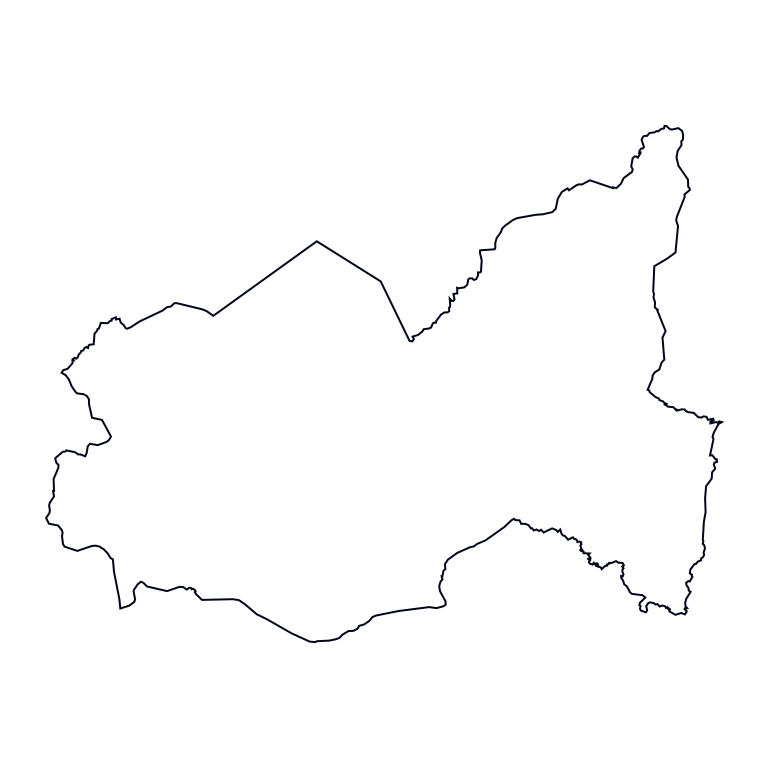 Gourma, Gourma, Burkina Faso (Mercator projection)
{"feature_id": "67063806B98154706729521", "entity_name": "Gourma", "entity_type": "district", "adm_level": 2, "iso_a3": "BFA", "parent_name": "Burkina Faso", "parent_adm1": "Gourma", "projection": "mercator", "projection_center": [0.724, 12.228], "detail": "fine", "context": "isolated", "style": "outline", "palette": "ink", "viewbox_px": 768, "rotation_deg": 0, "n_neighbors": 0, "source": "geoboundaries", "source_scale": "gbopen_adm2", "svg_char_len": 6054}
<svg xmlns="http://www.w3.org/2000/svg" viewBox="0 0 768 768"><path d="M61.6,372.8L65.8,375.3L68.8,379.3L71.7,386.3L75.6,392.0L77.1,393.4L83.5,394.2L86.8,396.0L88.9,399.1L89.1,404.7L92.1,417.8L102.0,419.9L111.0,436.6L109.0,440.0L106.6,441.9L97.9,445.1L89.9,443.8L87.7,446.5L86.7,452.9L85.2,456.3L80.4,454.4L78.2,454.4L75.0,452.2L66.3,450.4L65.2,451.6L62.9,451.7L55.8,457.7L55.2,458.5L55.7,460.5L56.5,463.0L58.4,464.8L58.4,467.7L53.6,479.0L54.0,491.0L53.1,491.0L54.0,496.4L49.7,503.0L49.1,505.8L49.9,510.2L49.4,513.1L46.1,517.9L48.9,523.7L58.1,525.5L61.8,530.1L62.6,532.6L62.0,536.2L63.0,544.0L64.5,546.6L77.3,550.9L92.1,545.9L95.8,545.7L99.6,546.6L104.0,549.5L107.9,553.7L110.6,558.1L112.9,559.4L114.0,571.8L119.4,599.3L120.3,608.5L129.1,605.7L134.2,602.0L135.1,599.5L133.6,591.4L133.9,589.9L137.6,584.4L140.9,581.7L143.6,583.0L147.1,586.5L167.0,591.1L179.4,586.9L183.1,587.0L186.7,589.6L189.3,587.7L190.8,587.9L191.7,589.2L192.9,588.7L194.7,589.8L195.6,591.4L194.8,592.1L196.2,594.3L202.0,599.9L232.9,599.2L239.0,600.2L245.5,604.7L256.8,614.3L266.5,619.0L291.7,633.4L309.7,641.6L315.1,642.1L317.1,641.2L329.3,640.6L335.6,639.3L339.4,637.9L342.4,634.7L348.6,631.0L353.1,630.9L357.5,628.8L359.1,625.9L364.2,624.4L369.2,621.0L372.4,617.1L375.7,615.6L398.7,611.0L429.1,607.1L436.5,608.1L443.0,606.4L445.7,604.7L445.5,601.3L440.0,591.2L439.2,586.1L440.6,581.4L442.4,579.6L441.7,576.5L442.3,576.7L443.5,570.7L445.4,569.0L444.9,564.3L447.8,559.7L457.3,552.9L469.8,547.3L473.6,546.5L477.4,543.8L485.3,540.5L504.1,527.2L511.7,520.1L514.0,518.8L515.3,520.0L519.6,520.4L521.1,523.8L525.3,523.9L528.5,525.1L530.9,528.4L532.0,528.2L533.8,530.4L536.5,529.5L539.1,531.0L541.2,529.8L543.6,532.5L552.1,528.4L556.0,529.9L557.8,531.9L560.2,529.5L561.6,533.9L562.9,535.4L564.9,536.0L568.1,539.7L572.9,537.3L574.5,539.1L575.6,539.0L577.0,540.4L577.4,542.1L579.5,541.5L581.2,542.3L580.8,543.7L581.4,544.2L580.4,545.8L581.3,548.1L580.5,549.8L582.2,549.8L582.7,550.7L581.9,551.2L583.7,551.9L583.6,553.2L589.5,553.5L588.2,554.7L590.5,557.8L590.3,559.0L588.8,558.4L588.1,558.9L590.1,560.2L588.9,562.0L589.7,563.5L592.7,564.6L593.8,562.9L595.7,565.1L596.1,563.4L597.2,563.4L598.2,565.0L596.9,566.2L600.9,567.5L601.7,569.2L605.1,566.0L607.1,565.6L607.0,564.4L608.9,564.0L609.2,562.8L611.5,563.0L616.1,561.1L618.4,562.7L622.6,563.0L623.9,565.5L622.2,566.5L623.5,568.3L622.5,569.4L622.4,571.9L623.5,574.3L622.7,576.4L621.2,575.9L621.2,577.9L623.1,580.6L624.2,584.3L626.9,586.4L630.1,592.4L632.0,593.9L642.5,595.2L645.3,597.6L639.9,602.8L639.4,605.1L640.5,605.9L640.0,609.1L641.0,610.6L645.9,612.3L647.2,610.5L646.2,606.1L648.5,602.9L650.0,602.4L653.4,603.0L655.8,604.6L657.4,604.0L659.6,606.5L662.4,605.5L665.1,606.3L666.1,608.0L666.9,607.5L667.9,608.6L667.9,607.6L670.0,609.3L669.5,611.5L675.4,614.8L681.3,613.0L684.9,614.4L686.6,611.7L686.6,610.8L684.6,609.3L684.9,608.3L687.1,608.1L685.5,606.1L685.2,602.6L686.2,598.9L690.6,591.8L688.7,590.5L688.6,588.4L686.5,585.2L686.1,582.9L688.3,581.1L689.7,581.5L692.4,576.9L691.7,576.0L692.0,574.7L689.8,573.4L690.4,569.5L694.4,564.2L695.9,564.0L697.7,561.7L701.1,560.2L701.2,558.3L702.9,557.3L704.1,555.0L703.6,552.6L705.0,548.4L704.2,545.2L702.8,543.8L703.4,541.0L702.8,540.0L703.9,521.6L705.6,512.2L705.1,498.3L706.1,486.2L711.7,478.6L712.1,472.3L715.2,468.7L713.8,464.2L714.5,462.6L717.0,462.0L716.7,459.2L715.5,459.3L712.4,455.3L710.0,455.5L713.5,439.0L712.5,437.0L713.8,432.7L718.4,424.1L721.9,422.1L719.1,421.4L717.9,422.7L715.7,422.1L710.4,423.4L710.4,421.6L713.6,420.3L713.3,418.7L707.9,419.8L706.5,416.8L703.4,416.4L701.2,417.6L698.1,417.1L693.8,412.9L688.0,412.1L685.3,410.6L684.8,409.5L681.7,409.3L678.0,410.4L676.9,409.7L676.5,410.4L673.4,407.2L667.8,406.6L666.4,405.4L666.7,403.8L666.0,403.5L665.3,404.8L664.6,404.6L664.8,403.6L663.2,401.5L659.4,400.1L658.8,398.4L655.7,397.2L649.8,392.3L649.2,390.5L647.6,389.8L652.3,378.9L652.6,375.6L654.7,372.4L659.4,369.4L661.5,362.7L664.3,359.6L662.5,337.7L665.6,331.1L657.3,310.5L657.8,309.9L654.8,307.4L655.0,302.3L653.5,297.4L654.0,294.2L653.2,291.2L654.3,266.2L667.2,258.6L675.5,252.5L678.0,226.1L676.2,220.4L676.8,217.0L684.6,197.1L684.5,194.4L689.8,190.0L689.7,188.5L688.2,186.7L688.0,179.6L678.5,165.8L676.5,157.6L677.7,150.8L681.5,145.2L681.3,141.3L682.9,139.6L683.0,138.1L683.1,134.7L682.1,130.9L678.3,128.1L671.9,129.6L669.8,129.0L666.2,125.9L664.5,125.9L664.0,128.5L661.3,128.9L658.1,131.4L656.4,131.1L654.4,132.4L649.5,133.0L647.2,135.8L644.1,136.0L642.7,137.2L641.6,139.9L644.0,147.0L643.1,148.3L641.0,148.7L639.5,150.8L639.2,152.9L640.5,152.6L640.3,153.5L637.8,157.7L636.6,156.6L634.6,156.4L632.6,158.3L631.2,166.6L632.7,169.2L632.0,171.9L623.6,178.1L621.0,183.7L616.4,188.1L612.9,187.3L612.8,188.1L589.9,180.3L581.8,184.5L579.0,184.3L576.3,185.3L569.0,190.3L567.6,188.4L561.9,191.9L557.8,198.7L555.7,208.8L552.4,212.1L542.9,214.3L535.7,214.8L516.8,218.2L512.5,220.3L504.8,225.9L502.2,228.6L500.9,232.1L496.7,238.0L495.3,242.8L495.3,248.0L494.6,249.3L480.1,250.3L479.9,252.4L481.7,260.3L481.0,271.6L480.0,272.5L478.0,272.4L478.1,275.3L476.2,279.2L473.7,279.9L472.0,278.3L469.3,278.5L468.3,279.4L467.2,284.8L464.3,287.4L458.5,288.3L457.1,287.8L457.3,293.4L453.5,294.0L454.5,299.6L453.2,301.0L451.9,300.9L449.7,298.5L450.2,305.4L450.0,307.0L449.1,307.6L449.2,311.1L447.6,312.4L444.5,312.4L441.1,314.5L436.3,320.8L435.9,322.7L434.1,322.6L432.8,323.5L431.1,327.5L429.0,328.5L423.7,329.2L422.3,331.5L418.1,334.9L412.6,336.6L413.9,339.1L412.4,341.3L409.6,341.0L380.7,281.4L316.8,241.3L213.3,315.8L206.6,311.1L202.2,309.3L177.0,303.2L174.3,303.2L170.9,306.5L167.0,307.2L162.5,310.6L139.7,321.4L130.5,327.4L127.1,328.7L125.6,328.2L123.8,325.1L120.7,322.6L119.6,318.7L116.0,319.5L115.8,317.3L111.6,319.1L111.6,320.6L110.2,320.9L107.6,323.2L100.9,322.9L98.8,328.7L97.5,329.1L97.1,330.7L94.5,333.7L93.7,344.3L89.7,344.7L88.7,345.3L88.0,348.0L86.4,347.0L84.4,348.1L83.3,350.4L81.3,350.9L80.7,352.6L78.7,354.5L77.8,357.3L76.0,358.7L74.9,357.8L72.8,359.1L73.7,360.4L72.4,360.4L72.6,363.0L69.2,367.0L67.4,368.9L63.2,370.2L61.6,372.8Z" fill="none" stroke="#020617" stroke-width="2"/></svg>